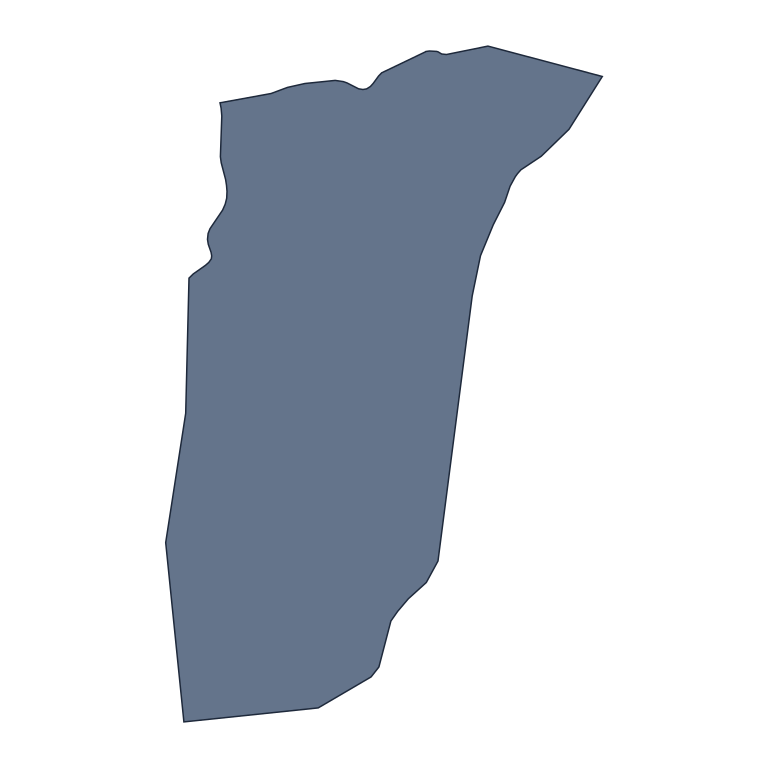 the Province of Ghardaïa
{"feature_id": "DZA-2192", "entity_name": "Ghardaïa", "entity_type": "Province", "adm_level": 1, "iso_a3": "DZA", "parent_name": "Algeria", "parent_adm1": "", "projection": "albers", "projection_center": [3.122, 31.033], "detail": "fine", "context": "isolated", "style": "filled", "palette": "slate", "viewbox_px": 768, "rotation_deg": 0, "n_neighbors": 0, "source": "natural_earth", "source_scale": "10m", "svg_char_len": 902}
<svg xmlns="http://www.w3.org/2000/svg" viewBox="0 0 768 768"><path d="M189.0,278.1L193.3,273.9L205.5,265.3L208.8,262.4L211.3,258.9L211.7,255.9L211.1,252.4L208.3,244.4L207.5,239.4L208.1,233.5L210.0,228.7L222.6,210.1L225.2,204.2L226.7,198.2L227.0,191.4L226.5,185.3L225.6,179.5L221.2,162.7L220.4,156.7L221.8,116.0L221.1,108.2L220.0,102.8L271.1,93.5L287.5,87.4L304.9,83.5L335.2,80.4L343.3,81.6L347.0,82.9L358.6,88.8L362.9,89.5L366.6,88.9L370.4,86.5L373.2,83.4L378.6,76.0L381.7,72.8L425.3,51.9L425.8,51.5L429.4,51.0L436.5,51.4L438.0,51.8L441.7,54.0L446.5,54.5L487.9,46.1L602.3,76.5L569.0,129.3L541.3,156.2L520.9,169.8L517.4,173.8L515.3,176.7L510.1,186.2L504.6,202.4L493.3,224.7L480.5,255.7L472.2,296.0L438.0,561.0L426.3,582.5L408.4,598.7L397.7,611.3L390.9,621.0L378.9,667.0L371.1,676.9L318.2,707.9L183.9,721.9L165.7,542.6L185.7,413.3L189.0,278.1Z" fill="#64748b" stroke="#1e293b" stroke-width="1.5"/></svg>